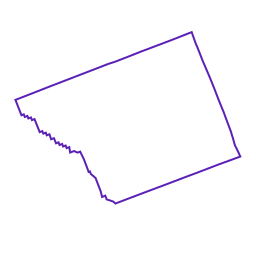 Jackson, Oregon, United States of America (orthographic projection), rotated 249°
{"feature_id": "52423323B54328460480389", "entity_name": "Jackson", "entity_type": "district", "adm_level": 2, "iso_a3": "USA", "parent_name": "United States of America", "parent_adm1": "Oregon", "projection": "orthographic", "projection_center": [-122.779, 42.5], "detail": "fine", "context": "isolated", "style": "outline", "palette": "violet", "viewbox_px": 256, "rotation_deg": 249, "n_neighbors": 0, "source": "geoboundaries", "source_scale": "gbopen_adm2", "svg_char_len": 964}
<svg xmlns="http://www.w3.org/2000/svg" viewBox="0 0 256 256"><g transform="rotate(249 128 128)"><path d="M61.1,222.6L66.6,222.3L71.9,221.8L73.2,221.6L82.0,222.4L84.6,222.5L87.5,222.8L102.2,222.9L109.0,223.0L111.5,222.9L122.3,222.7L134.6,222.7L145.7,222.5L164.7,221.8L179.3,221.7L182.1,221.5L194.7,221.8L194.5,199.0L194.7,168.1L194.5,147.8L194.5,139.2L194.9,132.7L194.8,71.6L194.6,33.0L178.1,33.1L178.1,35.6L175.3,35.6L175.3,38.4L172.6,38.4L172.6,41.2L169.8,41.2L169.8,43.9L155.8,44.1L155.8,46.9L153.1,46.9L153.1,49.6L150.3,49.5L150.3,52.4L145.0,52.2L145.0,55.2L139.5,55.3L139.5,58.0L136.7,58.0L136.7,60.8L134.0,60.8L134.0,63.5L131.2,63.5L131.2,66.3L125.8,65.2L125.8,69.4L123.1,72.1L123.1,74.9L114.9,75.6L106.6,75.6L101.1,75.5L101.1,76.9L98.4,76.8L95.6,78.4L92.9,79.8L78.5,79.8L72.9,79.1L73.0,82.5L69.0,82.5L64.7,87.8L62.0,89.2L61.9,118.0L61.8,128.7L61.6,166.7L61.6,167.8L61.5,175.3L61.5,198.8L61.1,222.6Z" fill="none" stroke="#5b21b6" stroke-width="2"/></g></svg>